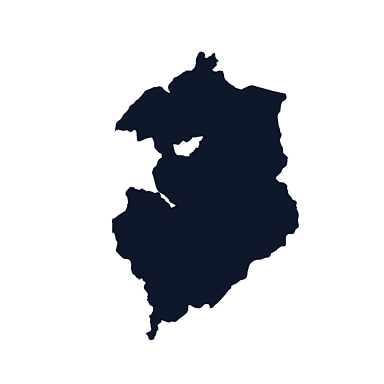 outline of Kambove, Katanga, Democratic Republic of the Congo, rotated 314°
{"feature_id": "63176286B84034630662614", "entity_name": "Kambove", "entity_type": "district", "adm_level": 2, "iso_a3": "COD", "parent_name": "Democratic Republic of the Congo", "parent_adm1": "Katanga", "projection": "albers", "projection_center": [26.544, -11.235], "detail": "fine", "context": "isolated", "style": "filled", "palette": "ink", "viewbox_px": 384, "rotation_deg": 314, "n_neighbors": 0, "source": "geoboundaries", "source_scale": "gbopen_adm2", "svg_char_len": 6060}
<svg xmlns="http://www.w3.org/2000/svg" viewBox="0 0 384 384"><g transform="rotate(314 192 192)"><path d="M269.4,103.0L264.7,102.0L261.7,100.5L260.3,100.7L258.9,101.6L256.0,101.3L253.4,101.4L251.5,102.3L250.9,102.9L250.2,103.8L248.9,108.0L247.9,108.0L246.6,107.2L245.5,102.1L245.4,100.3L245.9,97.7L245.2,96.0L244.1,95.1L242.5,94.3L240.4,92.2L237.2,91.1L234.2,89.6L231.5,88.8L227.6,89.4L221.3,89.6L218.9,88.9L216.4,89.3L214.0,89.1L211.8,88.4L210.6,88.4L209.5,88.6L207.5,89.6L205.0,89.8L200.2,89.7L199.2,89.8L198.1,90.3L195.0,90.9L191.3,90.2L189.6,90.3L188.2,90.9L184.1,93.8L184.4,93.8L185.5,94.8L186.4,94.9L186.9,95.2L187.0,96.4L188.3,98.6L188.6,99.6L189.9,100.1L191.5,101.9L192.3,101.8L192.9,102.8L192.3,103.5L192.8,105.2L193.9,106.2L195.5,106.1L197.4,106.9L198.9,107.1L197.7,108.8L197.4,110.8L194.8,113.3L193.9,114.8L193.1,115.2L192.5,116.2L191.6,117.0L191.6,117.5L192.4,118.6L200.1,121.8L201.4,122.9L203.3,124.1L204.0,124.9L204.2,125.8L202.9,128.5L202.7,129.5L201.5,131.5L199.2,133.4L198.3,135.4L198.1,139.3L198.3,141.5L199.0,143.0L198.9,144.7L198.3,144.8L197.6,145.4L196.7,147.0L195.6,147.0L193.3,146.4L192.1,146.3L190.0,146.9L187.6,148.3L186.8,148.6L185.9,148.8L182.4,148.4L180.5,149.6L179.6,149.6L178.2,151.1L176.6,154.3L172.0,161.7L170.4,164.8L169.8,168.3L171.3,174.3L171.3,175.3L171.0,176.1L171.3,177.9L171.2,181.0L170.5,182.1L170.4,183.4L171.5,188.2L171.9,191.2L165.3,188.5L165.2,188.0L166.6,185.1L166.8,183.3L166.6,181.3L166.1,180.3L167.0,176.7L165.9,173.9L167.6,170.7L168.1,169.5L168.0,168.7L167.1,167.6L165.4,167.1L164.4,165.8L164.0,164.0L162.2,160.4L161.1,159.7L160.4,159.6L160.0,158.9L160.2,158.0L159.4,155.4L159.3,154.1L158.5,153.8L158.1,154.1L157.5,153.8L156.3,153.1L156.0,152.4L155.3,152.1L154.7,150.8L155.1,150.5L154.0,149.5L153.7,148.9L154.3,147.8L154.2,146.8L153.4,146.9L153.1,146.5L153.1,145.6L152.8,145.0L151.9,145.1L151.1,144.5L150.2,144.9L149.0,144.7L148.2,145.1L147.4,144.8L146.4,144.9L145.5,145.9L144.4,146.5L144.4,147.9L144.1,149.0L143.1,150.7L140.8,153.6L139.9,154.5L138.5,154.6L137.2,155.9L133.7,157.4L133.1,157.8L130.4,157.5L123.9,155.8L121.0,155.7L117.9,154.8L117.6,154.2L115.5,155.6L114.7,156.9L108.4,162.8L109.1,163.2L109.1,163.7L108.6,164.7L108.7,165.9L107.0,168.7L105.4,170.7L104.8,173.7L102.2,175.6L97.5,178.4L97.1,182.2L97.1,187.9L97.8,189.7L99.6,191.5L100.3,193.1L100.4,195.6L98.8,198.6L94.5,202.4L92.7,206.0L93.0,209.8L92.6,211.7L92.7,212.1L93.6,213.1L92.9,214.2L93.2,214.6L94.6,214.7L95.5,214.4L95.9,215.1L96.0,215.7L95.6,216.9L95.8,217.1L95.4,218.0L95.0,218.3L95.5,220.3L95.1,222.0L94.3,223.1L93.3,222.8L92.4,223.0L90.7,223.9L89.9,224.7L89.1,230.7L87.0,233.1L86.1,233.0L85.6,234.2L84.7,235.0L83.8,234.8L83.6,235.2L84.0,235.9L82.2,239.7L83.1,243.7L82.0,245.3L79.7,247.3L77.3,247.8L76.3,248.4L75.5,248.4L73.8,247.8L73.3,248.1L72.3,250.8L69.4,252.9L68.7,254.7L67.1,256.1L66.0,258.1L65.1,258.9L64.0,259.1L63.4,259.7L58.8,257.9L58.6,260.4L57.9,262.1L57.1,262.8L57.1,264.1L57.7,265.0L58.9,265.8L60.0,266.0L61.6,265.0L63.4,264.8L67.5,262.5L69.3,262.7L70.2,261.8L71.5,259.2L73.5,259.0L76.9,259.5L78.3,258.3L78.9,258.3L79.5,258.8L82.4,265.4L85.2,266.6L86.5,268.7L87.9,269.9L90.8,270.0L98.3,271.3L101.7,271.5L103.3,270.9L105.1,269.7L106.8,268.0L108.0,267.4L109.0,267.7L109.9,268.5L110.3,269.4L110.9,272.5L111.4,274.0L112.5,275.9L114.2,277.7L116.1,278.4L119.5,278.1L121.5,279.2L123.1,280.8L123.6,282.4L123.2,283.5L121.9,285.5L122.3,286.0L123.5,286.5L126.2,286.3L129.5,286.7L133.8,286.8L142.7,286.4L147.0,285.7L148.7,286.2L149.9,286.2L151.1,284.9L152.5,284.8L157.6,286.8L162.4,287.4L163.8,288.1L164.3,288.8L165.6,289.4L166.9,289.8L168.0,289.8L168.6,289.7L170.7,288.5L172.6,286.9L178.3,283.7L180.8,283.0L182.9,283.0L186.1,283.7L188.5,284.9L191.4,287.7L196.0,289.8L198.0,291.6L199.4,292.0L201.2,291.7L203.1,290.5L204.6,291.4L206.6,291.7L208.0,292.5L211.6,292.5L215.4,293.3L217.5,295.6L218.8,295.6L223.6,290.9L224.8,290.0L226.2,289.4L228.2,289.6L229.3,290.0L231.6,292.5L233.2,293.4L236.8,291.8L240.5,292.4L241.4,291.7L242.2,291.0L243.7,288.4L245.6,286.5L247.5,285.6L249.7,283.6L250.9,281.4L251.9,278.3L253.1,277.9L253.9,275.9L255.2,274.9L255.9,274.9L256.8,273.9L257.0,272.9L255.6,269.9L255.7,269.0L256.4,267.5L256.8,263.2L257.4,261.4L258.9,260.0L259.9,257.4L261.5,256.3L262.0,255.3L262.2,254.1L261.7,251.6L259.0,247.9L259.0,243.2L259.4,242.4L261.5,241.3L267.4,241.7L268.9,241.4L271.4,240.2L276.4,240.9L277.5,240.4L280.0,238.7L282.0,236.7L282.8,236.7L282.7,230.1L283.6,229.0L284.5,228.4L286.6,225.8L286.8,224.2L287.8,221.9L289.4,219.1L290.0,218.2L293.8,216.9L295.3,215.8L295.8,213.4L297.5,211.4L299.7,207.3L305.3,200.5L307.3,199.2L311.3,198.6L315.4,195.4L319.4,193.4L323.0,194.4L324.4,194.2L325.5,193.6L326.9,191.2L320.3,180.5L310.1,161.8L309.6,161.3L307.5,159.9L302.1,157.8L299.6,157.1L296.8,151.8L296.3,150.2L296.6,149.2L295.5,144.8L295.5,143.5L295.0,142.0L295.6,140.4L295.0,139.0L295.6,136.6L296.4,135.0L297.9,133.2L299.6,130.1L298.0,128.5L297.9,127.8L297.2,127.7L296.2,126.9L295.1,126.8L294.5,125.8L293.9,125.7L293.8,124.8L293.4,124.8L293.1,123.3L293.4,122.2L293.3,121.1L294.1,120.5L294.7,120.4L295.9,121.1L296.7,121.1L297.3,120.7L299.8,121.1L300.1,120.7L300.5,120.7L300.8,119.8L302.9,118.7L303.5,118.7L304.1,119.3L304.3,118.7L303.7,117.6L304.3,116.6L304.3,115.3L305.1,114.2L305.2,113.4L306.6,112.8L306.8,111.7L305.4,111.4L304.5,111.8L303.7,111.9L300.6,110.7L298.7,110.6L298.0,110.2L297.6,109.2L296.1,107.8L299.5,105.5L299.6,103.1L299.2,102.1L298.1,101.0L296.2,101.1L291.2,102.9L289.4,104.2L288.4,105.8L286.0,106.9L284.3,108.0L281.8,108.2L279.2,108.0L277.8,107.6L277.0,106.2L274.7,104.1L273.3,104.0L271.9,103.2L269.4,103.0ZM212.8,144.5L214.8,145.6L216.9,148.9L223.4,149.1L224.4,153.0L226.9,153.9L230.1,154.1L231.7,153.2L233.6,155.5L240.1,160.2L240.1,163.6L238.8,162.9L237.8,162.9L235.8,163.7L234.0,162.9L233.2,163.0L232.6,164.0L231.4,165.1L229.8,165.5L228.5,166.7L228.0,166.5L226.3,164.8L225.6,164.9L224.9,165.5L223.2,165.1L221.9,165.7L220.8,165.2L217.7,164.7L216.2,166.0L215.1,165.7L211.9,162.1L211.7,160.9L210.1,158.8L207.4,156.1L207.9,152.2L210.6,147.5L212.8,144.5Z" fill="#0f172a" stroke="#020617" stroke-width="1.5"/></g></svg>